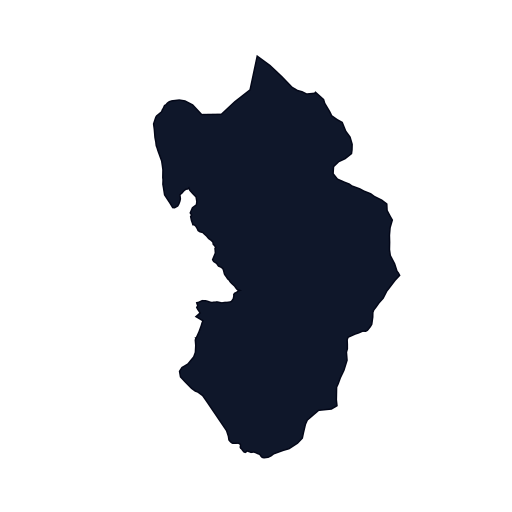 the district of Mashegu, Niger, Nigeria, rotated 110°
{"feature_id": "59680162B45761990386675", "entity_name": "Mashegu", "entity_type": "district", "adm_level": 2, "iso_a3": "NGA", "parent_name": "Nigeria", "parent_adm1": "Niger", "projection": "natural_earth1", "projection_center": [5.371, 9.82], "detail": "fine", "context": "isolated", "style": "filled", "palette": "ink", "viewbox_px": 512, "rotation_deg": 110, "n_neighbors": 0, "source": "geoboundaries", "source_scale": "gbopen_adm2", "svg_char_len": 3697}
<svg xmlns="http://www.w3.org/2000/svg" viewBox="0 0 512 512"><g transform="rotate(110 256 256)"><path d="M333.5,291.7L335.0,283.7L337.3,283.8L340.1,283.6L346.7,283.6L353.3,284.1L353.6,284.3L353.7,284.7L354.4,284.2L355.7,284.3L360.7,282.0L367.3,280.0L372.1,280.0L380.9,283.1L386.1,287.4L390.5,288.4L395.4,285.6L398.4,279.7L402.4,271.3L403.7,266.9L403.7,264.2L405.4,258.4L409.6,252.4L430.2,223.9L434.8,220.3L438.1,218.5L439.0,217.0L439.4,216.2L440.0,214.2L439.6,213.0L439.0,211.3L438.2,209.3L437.9,208.3L438.3,206.3L439.8,205.5L440.1,205.5L440.9,205.5L441.8,204.7L441.9,204.4L442.2,203.5L443.0,202.4L443.3,201.9L444.2,200.4L444.2,198.9L443.1,198.1L442.2,197.9L442.2,196.4L442.2,195.8L442.2,193.5L442.0,193.1L440.9,191.0L440.9,190.1L440.9,188.8L440.9,188.7L441.1,186.9L441.1,185.7L441.1,184.6L441.8,183.6L442.4,182.8L443.1,181.3L443.0,180.4L442.9,179.8L442.9,179.5L440.9,175.7L438.5,173.4L435.9,171.8L429.3,163.9L425.8,159.1L424.9,158.4L417.7,153.0L411.3,150.2L405.7,151.0L397.2,152.0L392.6,151.7L379.6,144.4L374.0,132.8L369.0,128.7L363.7,131.3L351.7,135.4L348.0,135.1L341.6,135.1L333.3,134.3L322.8,134.8L315.3,138.2L314.7,138.2L312.0,138.4L307.9,139.9L303.5,141.7L300.8,141.7L299.1,139.9L295.4,136.1L293.2,133.3L291.2,131.2L290.1,130.0L289.2,127.2L287.7,125.9L283.3,124.4L280.5,123.9L273.5,125.4L269.1,126.9L266.4,126.9L263.4,125.9L261.6,125.4L257.9,124.4L252.2,122.1L244.1,121.1L241.5,120.2L231.2,117.0L225.1,114.4L223.2,116.5L222.1,118.3L215.9,123.1L209.6,130.0L204.3,132.8L197.5,135.1L190.9,137.7L183.5,139.7L175.6,140.2L173.0,143.3L168.4,148.4L162.4,150.9L160.5,157.0L159.6,165.2L158.3,169.5L158.1,176.9L157.4,181.5L157.4,189.9L156.5,193.0L156.5,193.3L156.4,198.3L155.9,205.8L152.3,211.7L149.3,212.6L145.5,213.7L139.1,210.6L134.1,205.6L127.1,201.3L123.4,202.1L118.1,203.9L112.1,208.3L108.0,214.4L101.0,220.7L100.1,226.4L98.3,233.0L97.1,234.1L95.1,236.2L89.0,243.7L85.9,246.0L81.8,256.1L83.0,256.5L86.5,263.8L85.9,268.9L86.3,273.8L85.1,280.0L78.8,292.8L72.2,308.1L67.8,323.2L101.9,318.4L118.2,328.6L134.7,337.0L141.7,355.4L135.7,367.2L134.6,375.8L135.7,381.5L139.0,388.1L140.3,389.8L141.0,390.5L142.7,391.6L144.7,392.3L145.9,393.4L148.9,393.6L150.7,394.0L152.8,394.0L158.4,397.3L159.9,397.6L166.9,397.4L169.4,396.1L171.7,394.9L179.3,391.4L183.3,389.0L184.6,388.4L186.5,387.4L188.1,386.0L190.0,384.6L192.1,382.9L193.0,382.1L194.1,381.2L199.0,377.1L201.8,375.6L202.7,375.1L206.9,372.9L214.2,370.4L216.2,369.4L220.5,368.0L223.1,366.5L229.8,362.8L236.0,354.5L239.0,350.8L238.5,349.0L235.8,346.7L233.4,346.3L230.5,346.3L228.2,346.6L226.0,347.7L224.5,348.5L222.1,347.1L219.6,346.2L217.3,344.8L216.3,343.0L214.9,342.4L216.9,340.6L218.9,336.9L221.0,332.5L225.1,330.2L228.3,329.5L232.4,332.2L238.0,332.5L239.5,330.5L241.3,330.9L244.8,328.7L247.4,326.5L248.2,326.0L247.8,324.6L248.6,322.7L250.4,320.5L251.9,319.1L252.4,317.0L252.1,314.0L252.9,312.3L254.1,309.3L255.8,306.4L256.5,303.8L257.6,301.3L259.7,300.1L260.2,298.9L261.5,296.9L263.0,297.1L264.4,296.4L267.1,295.2L274.3,295.5L275.6,293.9L276.4,290.5L278.3,287.8L278.4,285.3L279.1,282.9L280.7,281.5L282.8,280.1L283.7,279.5L284.6,278.4L285.7,276.7L286.5,275.7L287.3,274.5L287.9,272.8L288.9,271.7L290.1,269.4L291.3,266.4L291.8,265.4L292.6,264.4L293.7,262.6L294.1,261.4L293.8,260.1L293.8,259.4L294.8,260.7L295.9,261.2L297.2,262.2L298.4,263.4L299.8,263.7L301.2,263.1L304.0,262.7L307.0,263.5L308.0,264.5L309.5,267.3L310.3,269.4L311.8,272.1L312.2,275.0L312.4,276.6L312.6,276.9L312.6,277.3L312.8,277.5L313.1,277.9L313.9,280.0L314.8,281.4L315.1,283.3L315.1,285.8L315.3,288.0L316.4,291.3L319.1,294.0L320.2,295.7L321.3,294.9L322.1,294.0L323.1,293.8L324.6,294.1L326.1,292.4L328.6,289.0L333.5,291.7Z" fill="#0f172a" stroke="#020617" stroke-width="1.5"/></g></svg>